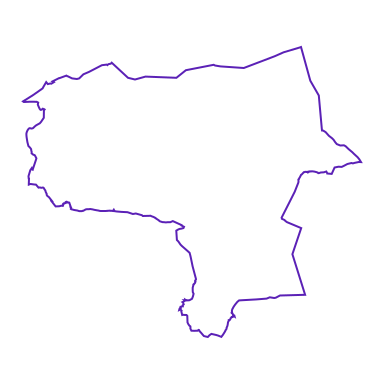 Huaniqueo, Michoacán, Mexico
{"feature_id": "50627088B18619680488103", "entity_name": "Huaniqueo", "entity_type": "district", "adm_level": 2, "iso_a3": "MEX", "parent_name": "Mexico", "parent_adm1": "Michoacán", "projection": "robinson", "projection_center": [-101.528, 19.878], "detail": "fine", "context": "isolated", "style": "outline", "palette": "violet", "viewbox_px": 384, "rotation_deg": 0, "n_neighbors": 0, "source": "geoboundaries", "source_scale": "gbopen_adm2", "svg_char_len": 5777}
<svg xmlns="http://www.w3.org/2000/svg" viewBox="0 0 384 384"><path d="M305.1,294.8L292.4,254.2L301.2,228.1L286.9,222.1L285.7,221.2L285.1,220.7L284.5,220.0L283.2,219.4L282.8,219.2L281.9,218.8L281.9,218.4L281.6,217.7L282.4,216.1L288.8,203.5L294.7,191.8L298.3,182.7L298.5,181.8L298.4,179.5L298.9,179.2L299.1,178.5L299.4,178.0L299.9,177.2L300.8,175.4L301.1,174.8L301.8,174.4L303.8,172.2L304.3,172.2L304.9,171.9L306.0,171.8L306.4,172.0L307.1,172.0L307.4,171.8L307.8,171.9L308.0,172.4L308.9,171.9L309.1,171.4L310.4,171.4L310.8,171.5L311.0,171.3L312.3,171.3L314.4,171.6L316.4,172.1L317.8,172.6L318.2,173.1L319.0,173.1L320.7,172.5L322.2,172.4L323.9,172.3L326.3,171.5L327.3,173.3L327.3,173.5L331.7,173.9L334.6,167.5L336.1,167.2L338.5,166.7L341.7,166.9L343.8,165.9L347.4,164.0L351.5,163.0L352.9,163.4L354.5,162.9L358.8,162.0L361.0,162.1L359.3,159.3L357.6,157.2L353.9,153.8L352.3,152.2L348.6,149.1L345.6,146.2L343.9,145.3L340.3,145.5L336.8,144.1L335.2,142.2L333.6,139.8L332.0,138.2L328.9,135.8L325.6,132.1L323.2,130.6L322.0,130.5L321.8,128.7L318.8,95.5L310.3,80.7L301.0,47.0L299.7,47.5L283.6,52.3L274.8,56.2L243.8,68.0L220.4,66.4L215.0,65.5L213.7,64.8L185.9,70.2L176.4,77.8L145.5,76.6L135.0,79.5L128.0,77.8L111.7,62.7L111.1,63.4L110.7,63.7L108.7,64.1L107.9,64.6L107.4,65.1L106.7,64.6L101.9,65.2L89.0,71.9L83.4,74.3L79.2,78.4L76.9,79.0L72.1,78.4L67.6,76.2L67.2,76.2L66.4,75.6L59.3,78.2L59.1,78.1L52.5,81.4L53.8,82.2L51.3,83.7L50.2,83.5L47.8,84.1L46.2,82.1L43.5,86.7L42.6,88.4L32.9,95.2L23.0,101.4L23.8,102.0L30.5,101.7L36.7,101.8L38.2,102.6L37.8,104.6L38.8,107.0L39.7,108.9L40.5,109.8L41.6,109.7L42.8,108.7L43.6,109.1L44.0,109.1L44.6,109.5L43.9,110.5L43.8,117.8L41.1,121.8L39.8,123.3L36.9,124.9L35.9,125.5L34.5,126.7L33.4,127.8L32.9,128.2L32.3,128.4L31.7,128.5L31.2,128.5L30.0,128.2L29.6,128.2L29.3,128.3L29.0,128.5L28.7,128.8L28.3,129.2L27.5,130.4L27.0,131.5L26.7,132.3L26.6,132.7L26.4,133.6L26.4,134.8L26.5,136.2L26.7,137.8L27.1,140.3L27.4,142.1L28.4,146.0L30.0,147.6L31.1,149.1L31.3,150.6L31.5,151.4L31.7,151.9L31.6,153.4L33.0,154.4L33.2,154.7L34.6,155.1L35.0,155.6L36.4,158.3L36.0,159.7L32.8,169.3L32.7,169.7L31.6,169.2L31.5,168.5L30.3,170.2L28.5,176.2L28.7,178.5L29.0,178.6L28.8,184.0L28.8,184.6L29.6,184.3L30.0,184.1L30.7,184.0L34.3,184.5L35.9,184.6L36.3,185.0L38.5,187.6L39.0,187.4L39.5,187.5L40.3,187.5L40.8,187.7L41.2,187.8L42.2,187.7L42.8,187.5L43.0,187.5L43.3,187.7L44.1,188.4L44.4,189.3L45.1,190.1L45.3,190.4L45.6,191.5L45.8,192.2L46.1,192.7L46.2,193.0L46.6,193.6L46.6,193.8L46.7,194.9L47.4,196.0L48.8,197.0L49.7,198.1L51.5,200.4L51.0,200.3L51.3,201.0L51.6,201.3L55.6,206.4L58.4,206.3L59.6,206.2L60.9,205.8L61.9,205.7L62.5,205.9L62.9,205.9L63.0,205.8L62.8,204.9L63.0,204.6L63.5,204.4L63.6,204.2L63.3,203.7L63.8,203.3L65.6,203.1L65.6,202.9L65.5,202.3L65.6,202.1L66.2,201.8L66.7,201.7L66.9,201.8L67.1,202.0L67.3,202.4L67.5,202.5L67.8,202.3L68.0,202.3L68.3,202.4L68.5,202.6L69.2,202.6L69.4,202.9L69.5,203.4L70.0,204.7L70.1,205.2L70.3,205.6L70.4,205.9L70.3,206.3L70.7,206.8L70.5,207.2L70.7,207.7L71.0,207.6L71.2,207.8L71.2,208.0L70.9,209.0L71.4,209.3L72.9,209.6L73.4,209.8L74.8,210.1L76.6,210.4L77.3,210.5L78.5,210.9L79.2,211.1L80.4,211.1L81.2,211.1L81.9,211.1L82.6,210.8L82.9,210.9L83.1,210.8L83.7,210.6L84.4,210.1L85.8,209.4L86.8,209.2L89.0,209.2L90.1,209.0L92.6,209.4L94.2,209.8L96.9,210.3L98.8,210.6L99.1,210.7L99.2,210.8L99.8,210.9L100.7,211.0L105.8,211.0L106.8,210.9L107.1,210.8L107.3,210.9L109.0,210.7L110.3,210.8L110.3,210.7L112.7,210.9L113.1,210.7L113.8,209.7L114.4,210.8L114.1,211.1L115.2,211.2L116.0,211.4L118.2,211.6L121.6,211.9L127.5,212.2L132.9,214.0L135.8,213.5L141.9,215.2L142.8,216.0L150.0,215.8L150.3,215.7L150.8,215.9L152.2,216.5L153.4,216.9L154.4,217.4L154.8,217.6L155.4,217.9L155.4,218.1L158.9,220.4L159.3,220.9L159.9,221.3L162.4,222.1L164.1,222.2L165.9,222.4L167.6,222.2L170.3,222.2L171.0,221.9L172.8,221.1L181.6,225.1L181.5,225.5L184.0,226.8L183.8,227.2L183.6,227.9L183.4,228.1L181.1,228.7L179.6,228.9L178.2,229.5L176.3,230.6L176.3,231.0L176.9,240.0L178.3,241.4L180.5,244.6L182.1,246.2L189.6,252.8L190.3,255.4L190.7,257.1L192.6,266.3L195.9,278.7L196.0,279.3L195.7,279.7L195.6,280.1L195.2,280.6L195.3,281.0L195.1,281.2L195.2,281.5L195.2,281.8L195.2,282.1L195.3,282.1L195.1,282.8L194.0,283.9L193.8,284.1L194.0,284.2L193.4,285.0L192.7,287.7L192.7,290.0L192.8,292.1L193.6,293.8L192.9,296.5L192.0,298.8L189.5,300.2L187.9,300.4L187.6,300.4L186.7,300.1L186.3,300.4L185.4,299.8L185.5,300.2L184.5,300.2L184.9,300.5L184.9,300.8L183.5,301.6L182.5,302.1L183.0,302.5L183.7,304.4L183.2,304.8L183.0,305.1L182.7,305.3L182.8,306.3L182.4,306.3L182.0,306.4L181.9,306.4L181.1,306.7L180.5,306.8L180.4,307.4L180.7,307.9L179.9,308.2L179.6,308.6L179.4,309.2L179.2,310.0L179.8,309.7L180.5,309.4L181.6,310.7L181.3,311.3L182.2,315.0L182.8,314.8L183.3,314.8L183.9,314.9L186.5,315.0L187.3,315.9L187.5,322.4L188.3,324.1L189.4,325.7L190.3,326.3L190.5,327.1L190.3,328.1L190.7,329.3L191.4,330.7L194.2,330.8L197.7,330.7L198.5,329.9L199.0,330.0L199.7,331.3L201.1,332.8L203.4,335.5L204.0,336.1L207.8,337.0L209.5,335.2L211.4,333.9L216.2,335.0L218.2,335.6L221.3,336.9L223.0,334.7L225.2,331.2L225.4,330.4L226.3,329.3L226.6,328.3L226.6,327.7L227.3,326.2L227.7,324.6L228.0,322.3L228.6,321.0L228.9,320.7L228.7,320.3L228.7,320.1L229.1,320.0L229.6,320.1L230.0,319.7L230.3,319.2L230.4,318.7L230.6,318.2L231.1,317.8L231.3,317.7L231.4,317.3L231.6,317.0L232.6,317.0L232.9,316.9L233.2,316.0L233.8,316.1L234.6,316.6L234.3,315.5L233.7,315.3L233.6,315.1L232.9,314.9L232.9,314.3L232.6,313.6L231.7,313.1L231.6,312.8L231.6,312.7L232.1,312.5L232.1,312.2L231.9,311.2L231.9,310.6L232.2,309.6L232.5,308.8L232.8,308.4L233.1,307.7L233.8,306.5L235.2,304.5L237.4,301.8L239.1,300.4L256.6,299.4L266.6,298.6L269.8,297.3L274.2,298.0L275.8,297.7L280.0,295.5L305.1,294.8Z" fill="none" stroke="#5b21b6" stroke-width="2"/></svg>